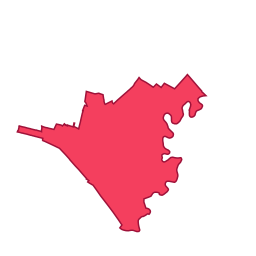 outline of Filipesti, Bacau, Romania, rotated 44°
{"feature_id": "2599482B19318854106378", "entity_name": "Filipesti", "entity_type": "district", "adm_level": 2, "iso_a3": "ROU", "parent_name": "Romania", "parent_adm1": "Bacau", "projection": "orthographic", "projection_center": [26.901, 46.775], "detail": "fine", "context": "isolated", "style": "filled", "palette": "rose", "viewbox_px": 256, "rotation_deg": 44, "n_neighbors": 0, "source": "geoboundaries", "source_scale": "gbopen_adm2", "svg_char_len": 5857}
<svg xmlns="http://www.w3.org/2000/svg" viewBox="0 0 256 256"><g transform="rotate(44 128 128)"><path d="M191.5,205.5L192.6,205.5L194.2,205.2L196.1,204.3L197.9,203.2L199.6,201.7L201.2,199.5L202.4,198.3L203.6,197.6L204.6,197.2L205.5,196.7L206.4,196.3L207.7,194.8L207.6,193.8L207.3,193.2L204.6,191.6L203.0,190.5L201.5,189.3L200.3,188.2L199.5,187.2L199.2,186.1L199.3,184.6L199.3,183.2L199.6,182.0L200.5,180.9L201.3,178.4L201.5,177.1L201.7,176.3L202.1,175.8L203.0,175.5L203.1,174.9L202.8,173.8L202.5,173.0L201.9,172.3L201.1,171.9L200.3,171.8L199.3,171.8L198.1,172.2L196.5,173.2L190.8,170.2L188.7,167.9L189.8,165.6L190.8,163.6L191.6,161.8L191.9,160.8L191.7,160.2L191.5,159.1L191.3,158.3L191.3,157.5L191.3,157.0L191.6,156.1L192.0,155.5L192.7,154.8L193.8,153.9L194.7,153.4L195.3,153.2L195.8,153.2L196.1,153.3L196.3,153.8L196.9,153.9L197.5,153.8L198.0,153.5L198.9,152.9L199.4,152.3L199.5,152.0L199.9,150.5L200.3,147.4L200.4,146.9L200.2,145.1L199.9,144.4L199.7,144.1L199.3,143.9L198.3,143.7L195.5,143.5L194.6,143.2L194.1,142.8L193.6,142.3L193.0,141.3L192.9,140.7L192.9,139.8L193.1,139.3L193.4,138.8L193.8,138.4L194.9,137.5L195.6,137.1L196.3,136.6L197.1,136.1L199.1,134.8L199.3,134.4L199.5,133.6L199.5,133.0L199.3,132.1L198.8,130.8L198.6,130.4L197.5,128.4L197.1,127.8L196.0,126.8L195.0,126.2L193.1,125.1L192.2,124.3L191.7,123.7L191.4,123.2L190.0,120.3L189.7,119.3L189.6,118.4L189.6,117.8L189.6,116.5L189.5,115.9L189.3,115.3L189.1,114.9L189.0,114.4L188.6,113.4L187.6,112.8L187.0,112.6L186.7,112.7L186.3,113.0L185.6,114.0L184.6,115.1L183.4,116.1L181.9,117.1L180.5,117.9L179.9,118.6L179.2,119.7L179.2,120.1L179.2,120.5L179.1,121.2L179.0,122.6L179.0,123.0L178.2,126.2L177.7,127.2L177.2,127.6L176.9,127.7L176.2,127.9L175.4,127.8L174.3,127.3L173.9,126.9L173.6,126.0L173.2,125.4L172.9,125.2L172.2,124.9L171.7,124.5L171.2,123.9L171.1,123.6L171.1,123.4L171.4,122.3L171.5,121.9L171.9,121.3L172.4,120.8L173.5,120.2L174.3,119.7L174.8,119.3L175.0,119.1L175.2,118.4L175.3,117.7L175.3,117.3L175.2,117.0L174.8,116.4L174.4,116.0L174.1,115.9L172.9,115.9L172.0,116.0L171.1,116.4L170.3,116.6L169.6,116.8L169.0,116.9L168.3,116.9L166.8,116.6L166.2,116.4L165.7,116.1L163.7,114.4L162.7,113.7L161.5,112.7L160.4,111.5L160.1,111.1L159.9,110.5L159.7,109.9L159.8,109.4L160.1,108.7L160.4,108.3L161.4,107.8L163.0,107.3L163.8,107.0L164.8,106.4L165.2,106.0L165.4,105.6L165.8,104.8L166.0,104.3L166.0,103.8L166.1,103.1L166.0,102.5L165.6,101.8L165.1,101.1L165.0,100.9L164.5,100.6L163.6,100.3L161.6,100.3L159.6,100.3L158.5,100.3L157.3,100.1L156.7,100.0L156.0,99.4L153.6,98.2L152.9,97.9L151.3,97.6L148.8,97.4L148.2,97.3L147.9,97.2L147.1,96.8L146.5,96.4L146.0,95.8L145.4,94.6L144.9,93.4L144.9,92.1L145.0,91.5L145.2,91.0L145.7,90.3L146.3,89.7L147.1,89.3L149.2,89.1L150.2,89.2L151.0,89.5L151.7,90.0L153.4,91.7L154.3,92.6L154.8,92.9L155.2,93.2L156.0,93.4L156.8,93.4L158.7,92.5L159.2,92.0L159.8,91.5L160.0,91.0L160.3,90.5L160.5,88.7L160.5,87.6L160.5,87.0L160.4,86.5L160.0,85.3L159.5,83.5L159.2,81.4L158.8,80.5L158.5,79.9L158.1,79.5L156.7,78.7L154.9,77.3L153.1,76.2L152.7,75.6L152.1,74.1L152.0,72.8L152.1,72.3L152.2,71.6L152.3,68.4L152.5,67.7L152.8,67.2L153.0,67.0L153.2,66.8L154.0,66.5L154.7,66.5L155.0,66.5L156.5,67.3L156.8,67.4L158.0,69.1L159.0,71.3L159.5,72.2L160.0,72.7L159.9,72.8L160.2,72.9L160.4,73.1L162.1,75.0L163.4,76.2L163.7,76.3L164.4,76.6L164.6,76.6L165.3,76.6L165.8,76.4L166.0,76.2L166.5,75.7L166.8,75.1L167.1,74.5L167.3,73.6L167.2,72.2L167.0,71.8L166.4,70.9L165.6,68.9L165.5,68.5L165.6,67.7L166.6,65.4L167.1,63.9L167.2,63.7L167.2,63.0L167.1,62.3L166.7,61.3L166.4,60.5L166.2,60.3L165.8,60.0L165.3,59.8L164.0,59.9L162.3,60.2L161.6,60.2L160.4,60.0L159.4,59.7L159.0,59.4L158.5,58.8L158.1,58.4L158.0,58.1L158.0,57.1L158.1,56.4L158.3,55.3L158.6,54.8L159.1,53.9L159.9,52.6L161.6,50.6L157.2,50.6L156.2,50.7L155.8,50.6L155.4,50.2L150.2,49.8L136.5,48.5L133.6,48.3L133.8,51.0L134.1,60.3L134.3,67.4L123.1,70.6L123.7,75.8L117.9,76.6L117.9,81.0L116.9,81.2L116.9,81.4L114.9,81.6L109.1,82.7L108.1,83.0L106.0,83.6L104.2,84.1L103.5,84.2L100.9,84.0L101.3,86.3L101.8,91.3L102.4,93.0L102.6,94.3L102.6,95.7L102.4,98.0L102.5,98.4L102.2,101.2L102.1,103.1L101.9,105.2L101.4,111.2L101.3,112.5L101.1,114.9L100.9,119.1L100.9,120.6L100.2,120.7L99.8,120.7L98.8,120.4L98.1,120.0L97.7,119.7L95.2,126.8L94.8,126.8L94.3,126.7L92.8,125.8L92.1,125.5L91.5,124.7L91.2,124.5L90.3,124.0L86.9,121.4L83.6,123.0L82.9,123.2L82.5,123.7L80.8,126.1L80.2,126.6L72.6,130.6L77.9,137.9L78.3,138.7L78.6,138.9L79.2,139.1L80.3,139.2L83.3,140.6L81.1,141.8L83.3,147.0L83.7,146.7L85.0,149.3L88.2,154.6L89.7,157.0L91.5,160.2L93.1,162.9L87.9,164.5L86.2,161.6L85.7,161.9L87.8,165.3L87.6,165.4L87.2,165.5L84.1,167.2L83.6,167.3L83.5,167.6L83.2,167.7L83.1,168.0L83.0,168.3L82.6,168.1L82.6,168.6L82.1,168.5L82.0,168.9L81.8,169.0L81.7,168.9L81.4,169.3L81.1,169.3L81.0,168.9L80.8,168.9L80.5,169.5L80.2,169.6L79.9,169.4L79.4,169.2L79.3,169.9L79.4,170.1L79.4,172.1L78.0,172.3L76.6,173.1L73.8,174.9L75.7,180.5L72.8,182.2L72.1,182.7L69.7,184.0L68.4,184.9L66.4,185.9L64.6,186.6L64.9,186.9L65.1,187.1L65.6,187.3L66.7,188.7L66.9,189.0L67.0,189.3L67.1,189.5L68.3,190.7L67.8,190.9L66.4,191.6L64.3,192.8L63.7,193.0L62.9,193.7L59.0,196.0L58.3,196.3L55.7,197.9L53.2,199.2L51.2,200.5L48.3,202.1L48.7,202.9L49.1,203.2L49.4,203.6L49.6,204.1L50.6,205.7L50.6,206.0L50.6,206.3L50.6,206.6L51.1,207.7L52.8,206.6L55.1,205.4L55.9,204.8L56.7,204.4L59.5,202.7L62.9,200.9L63.6,200.4L63.9,200.2L64.5,200.0L64.9,199.7L68.0,198.0L68.4,197.7L69.4,197.2L73.9,194.6L74.2,195.1L75.0,196.1L75.7,196.2L75.9,196.1L76.6,195.7L82.6,193.6L88.2,191.7L89.2,191.4L92.8,190.2L101.9,190.6L107.6,191.0L107.8,191.2L116.5,191.9L121.3,192.1L124.4,192.4L133.6,193.2L133.6,193.6L136.3,193.0L136.5,194.8L139.1,194.3L139.8,194.1L142.7,193.4L143.8,193.6L148.7,194.5L153.8,195.5L155.2,195.8L168.3,197.7L175.7,198.9L185.1,200.7L191.0,202.0L191.5,205.5Z" fill="#f43f5e" stroke="#9f1239" stroke-width="1.5"/></g></svg>